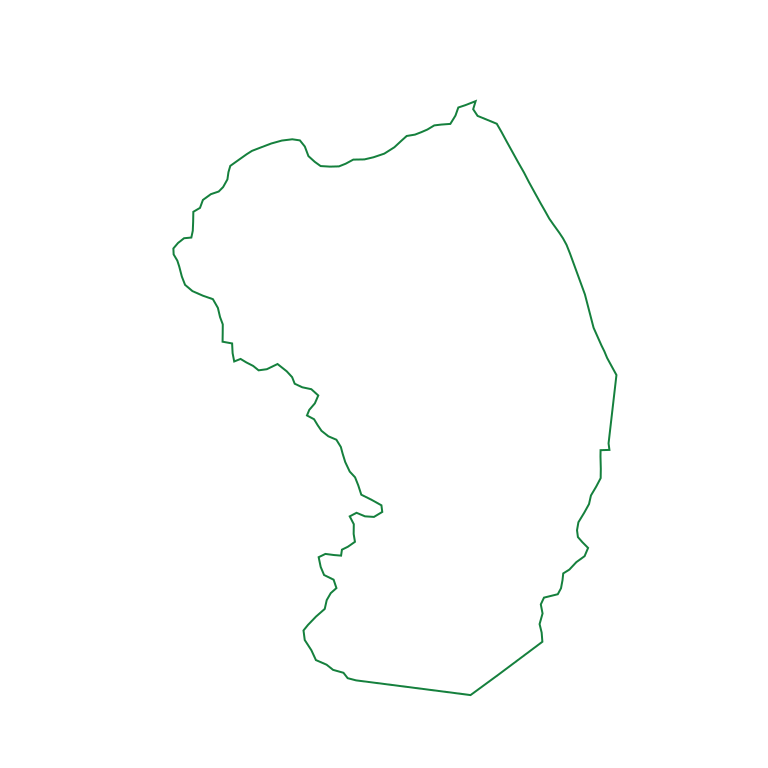 Gavião, Bahia, Brazil (Robinson projection), rotated 282°
{"feature_id": "56859067B94614282222955", "entity_name": "Gavião", "entity_type": "district", "adm_level": 2, "iso_a3": "BRA", "parent_name": "Brazil", "parent_adm1": "Bahia", "projection": "robinson", "projection_center": [-39.754, -11.493], "detail": "fine", "context": "isolated", "style": "outline", "palette": "green", "viewbox_px": 768, "rotation_deg": 282, "n_neighbors": 0, "source": "geoboundaries", "source_scale": "gbopen_adm2", "svg_char_len": 2295}
<svg xmlns="http://www.w3.org/2000/svg" viewBox="0 0 768 768"><g transform="rotate(282 384 384)"><path d="M372.6,616.0L441.1,609.5L455.9,596.8L461.7,592.8L466.9,588.7L482.6,577.3L513.4,561.9L550.3,538.8L558.1,533.6L563.7,528.8L568.5,523.9L575.5,516.2L580.1,511.3L587.3,505.0L593.1,499.8L602.9,491.3L611.7,483.7L619.9,477.0L629.0,468.9L647.0,453.3L655.1,446.4L662.0,440.2L665.7,419.8L671.3,414.1L679.7,414.8L673.6,405.5L669.9,399.2L661.4,398.1L652.2,394.8L649.7,386.2L647.4,379.4L641.9,373.5L638.2,368.3L634.4,362.5L631.3,354.6L625.5,350.4L617.7,344.9L609.4,336.4L603.6,326.6L599.6,318.1L597.1,307.3L591.5,300.7L587.5,294.7L585.4,286.0L584.0,276.7L586.9,270.1L591.2,262.7L599.8,257.2L604.8,251.1L604.3,243.4L600.9,233.5L595.8,223.7L590.0,214.7L584.6,206.4L580.2,201.9L573.8,196.0L565.4,188.3L558.9,187.8L551.6,188.3L543.2,185.7L537.9,182.3L533.7,175.2L526.4,168.6L518.0,167.4L512.8,161.7L503.0,163.6L494.1,165.1L487.2,165.1L485.0,158.1L479.1,153.2L472.8,149.8L467.0,151.3L461.7,156.2L456.3,159.3L447.1,163.9L439.6,168.8L435.0,177.4L432.7,188.6L431.4,199.0L423.9,205.7L415.4,209.7L408.8,213.9L400.0,215.7L391.8,217.3L392.1,227.0L382.7,229.5L374.9,232.8L378.7,238.5L376.5,244.8L374.5,252.2L371.3,258.5L374.1,266.3L381.4,275.7L376.2,286.2L371.6,292.7L365.7,296.6L363.8,304.7L363.8,314.0L359.1,322.1L350.7,320.4L343.2,316.3L337.2,315.2L335.0,322.9L329.8,327.8L325.2,332.6L321.3,340.4L319.6,349.0L313.4,354.9L307.3,358.0L299.6,362.3L291.2,368.7L286.7,375.1L279.5,379.9L271.0,384.8L268.1,396.0L264.8,406.7L258.5,408.9L251.9,401.8L250.6,392.9L252.3,383.9L247.4,378.0L240.6,383.6L231.0,385.5L223.6,388.4L217.3,382.5L213.2,377.3L207.2,377.7L206.3,370.6L205.6,362.0L201.0,356.1L191.9,360.1L184.7,365.1L182.1,375.4L174.5,379.9L168.4,375.4L160.7,372.9L151.7,372.8L142.3,365.8L132.5,359.7L126.2,356.5L117.1,359.7L108.5,368.3L99.8,374.8L97.5,386.2L93.8,393.6L93.1,404.4L88.7,409.6L88.3,418.3L97.7,533.3L123.3,556.2L164.8,592.5L173.6,589.9L181.5,586.1L192.5,586.8L201.0,583.2L208.3,584.9L214.5,597.7L221.0,599.6L229.1,599.4L236.0,598.7L241.0,603.9L249.8,609.2L257.3,616.0L266.1,617.7L270.6,610.8L274.6,605.5L281.1,603.2L289.2,602.9L299.7,606.6L309.2,609.5L318.0,609.6L327.8,612.9L337.0,615.5L346.1,613.7L358.2,610.8L364.3,609.6L366.4,618.2L372.6,616.0Z" fill="none" stroke="#15803d" stroke-width="2"/></g></svg>